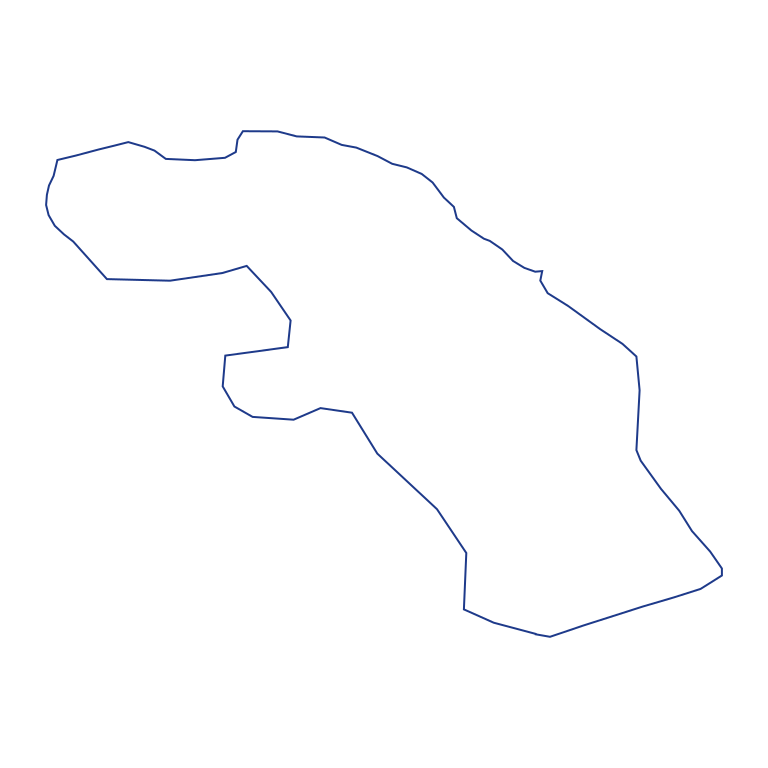 the district of Salem, Stockholm, Sweden
{"feature_id": "70781695B90671145668871", "entity_name": "Salem", "entity_type": "district", "adm_level": 2, "iso_a3": "SWE", "parent_name": "Sweden", "parent_adm1": "Stockholm", "projection": "natural_earth1", "projection_center": [17.685, 59.231], "detail": "fine", "context": "isolated", "style": "outline", "palette": "blue", "viewbox_px": 768, "rotation_deg": 0, "n_neighbors": 0, "source": "geoboundaries", "source_scale": "gbopen_adm2", "svg_char_len": 1135}
<svg xmlns="http://www.w3.org/2000/svg" viewBox="0 0 768 768"><path d="M535.7,634.3L550.0,636.8L583.1,625.6L642.9,606.5L673.9,597.4L700.6,588.9L721.9,575.5L721.9,568.5L710.2,551.6L692.0,531.1L679.2,510.7L661.0,488.9L640.7,460.7L636.4,450.1L639.6,390.3L636.4,356.5L622.5,343.9L600.1,329.1L568.0,305.9L547.7,293.2L540.3,280.6L542.2,271.1L535.2,271.7L524.4,267.9L513.1,261.0L502.3,249.5L489.8,240.9L483.9,238.7L471.4,230.5L456.8,218.2L453.9,206.9L443.9,197.6L432.6,182.5L421.8,174.0L406.8,167.4L392.2,163.8L377.6,156.1L356.3,147.6L341.7,144.9L324.6,137.5L296.7,136.4L277.5,131.4L242.9,131.2L237.5,139.7L235.8,152.0L225.0,157.8L195.0,160.2L165.8,158.9L154.5,150.6L144.5,146.8L128.3,142.1L114.1,145.7L98.6,149.5L75.7,155.6L57.4,160.0L56.1,165.5L53.6,175.9L49.0,185.5L46.9,194.8L46.1,205.0L48.6,215.1L54.8,225.8L64.0,234.4L73.2,241.5L106.9,279.1L170.0,280.7L222.4,273.0L246.7,265.9L271.2,292.0L290.6,320.5L287.8,347.1L225.3,355.6L222.7,386.4L234.4,406.5L252.6,416.9L293.6,419.7L320.5,408.1L352.0,412.7L377.3,453.6L437.0,509.2L466.3,553.0L463.9,609.4L493.7,622.7L535.7,633.9L535.7,634.3Z" fill="none" stroke="#1e3a8a" stroke-width="2"/></svg>